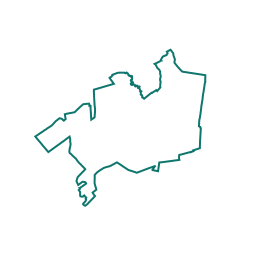 Radovan, Dolj, Romania, rotated 306°
{"feature_id": "2599482B75372531804505", "entity_name": "Radovan", "entity_type": "district", "adm_level": 2, "iso_a3": "ROU", "parent_name": "Romania", "parent_adm1": "Dolj", "projection": "natural_earth1", "projection_center": [23.572, 44.174], "detail": "fine", "context": "isolated", "style": "outline", "palette": "teal", "viewbox_px": 256, "rotation_deg": 306, "n_neighbors": 0, "source": "geoboundaries", "source_scale": "gbopen_adm2", "svg_char_len": 5529}
<svg xmlns="http://www.w3.org/2000/svg" viewBox="0 0 256 256"><g transform="rotate(306 128 128)"><path d="M110.7,177.7L118.5,173.6L121.6,177.0L132.4,188.3L133.8,186.8L136.3,185.3L139.0,187.6L146.0,193.2L145.8,193.3L147.8,194.6L148.1,194.1L148.8,194.5L148.8,194.3L153.9,198.0L159.3,194.3L170.7,187.0L170.8,186.6L170.7,186.4L170.9,186.1L171.1,185.7L171.3,185.6L171.1,184.4L176.2,181.1L176.8,180.8L178.4,180.2L179.7,179.5L181.5,178.6L185.7,176.3L186.6,175.8L189.4,174.2L191.9,173.0L192.5,172.6L194.3,171.8L195.5,171.1L196.1,170.8L197.2,170.1L199.0,169.1L201.4,168.0L202.0,167.7L203.8,166.7L204.9,166.2L207.0,165.1L208.2,164.4L209.6,163.8L210.1,163.5L211.2,163.2L211.3,162.9L216.2,159.5L213.3,153.9L205.5,138.8L205.9,136.1L206.9,131.6L208.1,127.3L208.5,126.9L211.1,125.6L213.4,122.2L215.0,120.7L216.3,116.4L212.6,114.6L212.3,115.3L211.9,115.9L211.8,116.1L211.4,116.1L209.8,116.1L209.5,116.3L208.5,115.5L207.7,115.1L207.2,114.7L206.5,114.3L206.1,114.2L205.1,114.2L204.8,114.2L204.5,114.3L202.7,114.5L202.0,114.7L201.9,114.8L201.9,115.0L201.8,114.9L200.5,114.6L195.5,111.9L195.5,112.4L195.8,112.7L194.3,115.4L193.8,116.5L193.7,117.0L193.7,117.7L193.6,118.6L192.9,120.3L192.6,120.7L192.3,121.1L191.8,121.4L191.0,121.9L190.7,122.3L190.3,122.7L189.1,124.1L188.7,124.3L188.0,124.6L187.3,124.8L185.7,125.7L185.3,126.1L185.0,126.8L184.6,127.2L182.9,128.1L182.2,128.6L181.5,129.0L180.3,129.8L179.5,130.2L179.5,130.3L175.0,129.9L175.1,129.4L175.3,128.6L174.4,128.3L171.7,127.2L170.4,126.8L170.3,126.7L170.3,126.3L162.6,124.2L161.2,123.8L161.3,123.5L161.3,122.5L161.2,122.2L161.1,121.7L161.1,121.4L161.3,121.2L162.0,121.1L162.5,120.5L162.8,119.8L162.8,119.7L162.5,119.1L162.5,118.8L162.9,118.4L163.3,118.2L164.4,117.4L164.6,117.3L165.3,117.3L165.5,117.3L165.5,117.2L165.5,116.9L164.8,116.7L164.7,116.6L164.7,116.4L164.9,116.3L165.6,116.1L165.8,115.2L166.2,114.8L166.7,114.1L166.6,113.4L166.7,113.2L166.9,113.0L167.1,113.0L167.3,113.0L167.6,113.2L168.1,113.2L168.3,113.1L168.3,112.9L168.2,112.8L167.9,112.5L166.8,112.5L166.6,112.4L166.9,112.1L167.1,111.7L167.6,111.4L167.6,110.5L167.6,110.3L167.3,110.1L166.3,110.0L166.1,109.8L166.0,109.7L166.0,109.1L166.2,108.9L166.8,108.6L166.9,108.2L166.5,108.0L166.5,107.7L166.6,107.3L166.5,107.1L166.3,106.6L166.2,106.4L166.0,106.2L165.6,106.3L165.4,106.2L165.4,105.9L165.3,105.5L164.9,105.3L164.9,105.1L165.1,104.5L165.3,104.3L165.5,104.2L166.0,104.2L166.2,104.4L166.6,105.2L166.9,105.4L167.4,105.5L167.6,105.5L167.8,105.2L167.9,104.9L167.6,104.7L167.3,104.4L167.2,104.2L167.3,103.9L167.6,103.7L167.9,103.4L167.8,103.1L167.8,102.8L168.0,102.4L168.6,102.2L169.0,102.3L169.5,102.8L170.3,102.3L171.1,101.9L171.2,101.7L171.2,101.4L171.6,101.1L172.1,101.0L172.3,100.8L172.3,100.7L172.3,100.4L172.2,100.3L171.6,100.6L171.4,100.5L171.3,100.3L171.4,100.2L171.5,99.6L171.6,99.2L171.4,99.0L170.9,98.6L170.9,98.3L171.3,97.8L171.1,97.2L171.8,96.3L172.0,95.9L172.0,95.6L171.9,95.2L172.1,94.7L172.0,94.3L171.9,94.3L171.3,94.3L171.1,93.9L170.9,93.8L171.0,93.5L171.0,93.4L170.9,93.2L170.6,93.0L170.6,92.5L170.5,92.3L170.1,91.8L169.9,91.6L169.6,91.1L168.4,89.5L168.1,88.9L167.9,88.8L166.9,87.6L166.7,87.3L164.9,86.1L164.5,85.9L163.3,85.0L162.6,84.7L161.9,84.1L161.7,84.1L161.5,84.3L161.5,84.6L161.4,84.6L161.2,84.4L160.3,84.3L159.8,84.5L158.8,83.9L157.7,83.6L155.4,90.6L139.0,77.9L138.1,78.6L137.9,78.6L137.1,79.2L136.2,80.0L135.6,80.4L134.9,81.1L133.8,81.8L132.0,83.3L131.2,84.0L130.0,84.9L129.5,85.4L128.8,86.0L127.9,86.6L125.6,88.7L124.9,89.3L124.4,89.8L123.3,90.7L120.8,92.4L119.5,93.1L118.8,93.6L116.9,94.7L113.2,93.4L115.4,91.5L116.7,90.5L118.4,89.1L121.6,86.4L124.0,84.6L124.0,84.4L123.2,83.8L124.7,82.3L124.8,82.1L120.9,77.8L120.7,77.7L117.4,77.0L109.3,75.5L104.0,70.5L102.0,68.8L99.5,71.3L98.7,72.3L96.3,71.8L96.1,71.6L96.1,71.4L96.2,71.0L96.5,70.1L96.6,69.6L96.1,67.9L95.7,66.9L90.9,65.5L86.2,65.0L84.8,64.7L81.9,63.6L80.0,62.8L79.3,62.7L76.7,61.6L75.7,61.4L74.1,60.7L67.6,58.4L66.7,58.0L66.1,59.9L65.4,62.7L64.6,66.2L63.8,69.0L62.8,73.2L61.7,77.7L77.9,83.0L78.3,83.0L78.6,83.3L79.7,83.6L80.8,84.0L82.4,84.4L86.7,85.8L86.2,86.4L85.8,86.9L85.0,87.8L84.7,88.1L84.1,88.4L83.3,89.0L82.5,89.7L82.3,90.1L81.7,90.5L81.2,91.1L80.2,91.5L78.8,92.3L78.0,92.7L77.9,92.6L77.1,92.9L75.1,94.0L74.4,94.4L73.9,95.0L73.6,95.3L73.4,96.0L73.4,96.3L73.5,96.9L73.3,98.1L73.1,99.1L73.0,99.7L72.6,103.5L72.6,104.0L71.7,106.3L71.2,108.1L70.9,109.7L70.8,111.1L70.4,112.8L70.2,114.3L70.0,115.7L69.6,117.6L68.7,117.6L59.0,116.2L58.6,116.2L56.4,116.9L54.8,117.5L54.6,117.8L54.2,118.4L52.7,121.2L57.5,122.7L57.9,123.0L58.1,123.2L59.1,125.5L58.4,126.8L51.1,124.3L51.0,124.2L50.8,124.8L50.7,124.9L48.9,124.6L48.8,125.1L48.5,125.5L48.3,126.4L48.1,126.8L48.0,127.0L47.8,127.1L46.3,128.1L45.0,129.3L44.8,129.5L44.9,130.1L45.3,131.0L45.5,131.2L45.7,131.4L45.9,131.8L47.7,132.2L47.3,133.8L47.1,135.1L46.4,135.1L46.0,135.2L45.8,135.4L45.8,136.0L45.7,136.1L45.1,136.2L44.6,136.5L44.2,136.6L43.8,136.6L43.2,136.6L40.6,136.2L40.1,136.3L39.9,136.6L39.7,137.5L39.7,138.0L39.8,138.5L40.0,139.1L42.6,139.9L44.7,140.1L52.9,141.3L53.6,141.3L53.9,139.8L54.9,137.3L55.0,137.3L58.0,138.2L59.5,138.6L60.6,137.4L61.5,136.1L63.5,133.6L64.5,132.8L66.3,131.6L68.6,130.0L70.5,128.6L73.9,129.1L74.8,129.3L78.8,130.8L81.3,131.8L82.1,132.3L84.1,133.8L86.1,135.5L86.7,135.8L87.5,136.3L91.5,138.2L93.7,139.3L93.8,141.7L93.9,143.3L94.0,146.9L94.3,153.2L94.7,154.2L95.7,157.3L96.6,160.0L96.8,161.0L96.9,161.3L97.7,161.9L107.9,168.6L109.3,169.6L112.9,172.1L112.9,172.3L108.5,172.3L108.4,172.4L108.4,172.6L110.7,177.7Z" fill="none" stroke="#0f766e" stroke-width="2"/></g></svg>